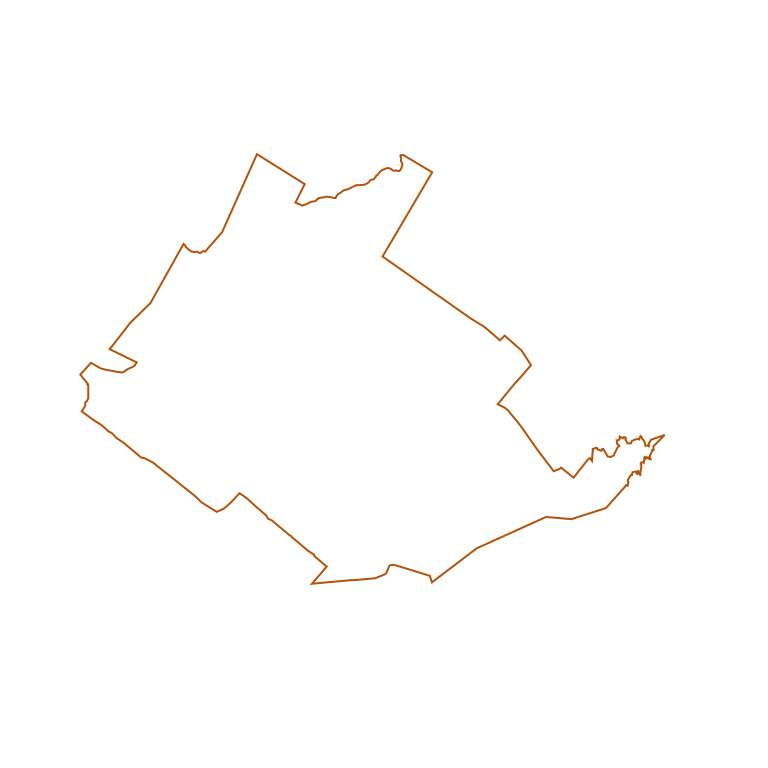 Rayón, Chiapas, Mexico, rotated 299°
{"feature_id": "50627088B72568920303680", "entity_name": "Rayón", "entity_type": "district", "adm_level": 2, "iso_a3": "MEX", "parent_name": "Mexico", "parent_adm1": "Chiapas", "projection": "robinson", "projection_center": [-92.989, 17.185], "detail": "fine", "context": "isolated", "style": "outline", "palette": "amber", "viewbox_px": 768, "rotation_deg": 299, "n_neighbors": 0, "source": "geoboundaries", "source_scale": "gbopen_adm2", "svg_char_len": 5134}
<svg xmlns="http://www.w3.org/2000/svg" viewBox="0 0 768 768"><g transform="rotate(299 384 384)"><path d="M213.5,132.8L211.6,148.0L211.1,156.9L209.0,166.1L209.1,170.0L207.1,176.2L206.3,185.0L202.0,207.0L203.1,211.4L203.3,219.7L202.9,222.7L202.2,226.2L201.4,231.1L200.6,236.1L199.8,241.0L199.7,241.3L199.0,245.9L198.1,250.8L197.3,255.8L197.2,256.2L196.3,261.6L195.4,267.1L194.5,272.5L193.4,276.8L192.0,281.6L191.8,286.1L191.5,290.7L191.3,295.2L191.1,299.7L197.2,304.3L201.8,306.0L206.5,307.6L209.8,308.5L215.3,309.8L215.9,309.9L218.4,310.6L218.0,315.7L217.9,315.9L217.4,320.0L214.4,332.7L213.5,337.4L212.7,341.0L211.9,344.6L209.9,348.1L210.4,352.1L208.8,359.6L208.6,360.9L207.9,364.7L207.0,369.3L205.9,374.7L206.0,376.6L205.8,377.2L205.4,377.4L204.2,384.1L201.3,398.2L200.8,405.6L200.4,405.8L199.5,407.0L199.4,408.1L199.2,409.0L198.4,413.1L197.5,417.5L196.5,422.4L193.3,421.7L187.1,420.5L186.0,420.3L183.0,419.6L178.9,418.8L176.0,418.3L174.4,417.9L174.9,418.6L180.3,426.5L181.5,428.3L182.7,430.0L185.9,434.7L196.7,450.6L197.0,451.4L200.8,457.1L201.0,457.4L201.8,458.7L202.7,459.9L205.6,464.3L206.6,465.7L207.6,467.2L208.4,468.4L209.7,470.3L213.9,473.8L218.2,477.2L218.5,477.3L219.9,477.7L224.7,477.2L228.0,476.8L230.3,479.5L231.7,484.7L232.2,487.4L233.8,494.8L237.2,511.0L238.4,517.1L233.8,522.1L285.3,544.8L346.3,590.2L356.6,613.4L357.6,614.3L383.1,638.3L411.6,644.7L412.9,644.6L413.2,646.4L415.8,645.4L416.4,645.5L416.5,645.4L417.6,644.1L417.9,643.9L419.5,643.8L423.9,644.1L424.7,645.0L425.2,644.7L426.8,644.3L427.3,644.1L429.4,646.4L428.3,648.1L428.1,648.9L428.1,649.3L428.5,649.4L430.7,648.1L431.1,648.3L430.3,650.0L429.1,651.5L428.6,652.2L428.8,652.3L431.1,651.0L436.1,649.3L438.2,648.1L438.4,647.2L439.7,646.9L440.9,648.0L440.9,649.4L445.1,647.8L445.5,647.5L446.6,647.4L446.6,647.8L445.7,649.1L447.0,649.1L447.2,651.1L447.6,650.9L447.4,651.9L447.0,652.5L447.4,653.5L447.8,653.0L448.5,652.7L448.6,651.6L450.7,651.4L451.1,651.3L454.4,651.1L455.4,651.2L456.0,650.6L457.3,651.8L458.5,650.5L460.3,649.9L475.5,654.2L470.7,649.9L464.8,644.6L462.1,644.5L461.1,644.4L460.1,644.6L457.9,645.9L457.8,645.6L457.9,644.3L457.4,643.2L456.7,642.6L459.3,640.3L459.5,640.2L459.8,639.9L459.8,639.5L460.8,638.0L461.0,637.6L461.1,637.1L461.4,636.3L462.0,635.5L462.6,634.7L462.9,634.0L463.0,633.8L462.7,633.7L461.9,633.6L459.2,634.1L459.1,633.8L459.1,632.9L458.8,632.5L456.4,629.7L455.6,629.5L454.1,628.3L451.9,628.8L450.1,625.6L451.3,624.2L452.4,622.1L453.8,621.9L454.2,620.9L453.9,619.6L452.3,619.2L452.4,617.6L452.3,615.6L449.9,616.8L449.5,616.8L448.4,616.0L447.6,614.9L447.1,615.7L445.6,616.1L444.5,617.3L444.1,619.7L441.8,619.1L435.4,619.3L432.9,619.7L430.0,617.5L429.0,614.8L433.5,607.3L432.6,606.3L431.9,606.7L431.2,606.5L430.8,606.0L430.9,605.3L430.6,604.8L430.6,603.7L430.4,602.2L431.1,601.6L431.3,600.8L428.4,598.1L426.3,599.4L425.8,599.3L417.5,603.3L417.6,603.0L418.8,600.6L419.0,600.0L417.1,599.0L394.0,595.2L396.7,579.5L394.4,578.4L390.0,574.7L398.6,555.1L400.3,551.2L405.1,541.3L407.8,535.7L412.1,527.0L412.4,526.4L415.9,518.3L421.2,504.7L421.8,500.7L421.4,493.3L443.9,497.4L448.2,498.2L459.8,501.0L471.8,503.4L479.9,488.2L484.8,466.1L478.4,464.2L482.6,444.3L483.4,427.5L494.8,320.9L527.3,321.8L592.6,323.5L592.7,319.1L593.6,290.1L592.2,287.6L591.9,287.5L591.0,288.4L590.2,288.9L589.3,289.6L588.0,290.2L587.0,290.9L586.3,292.2L585.8,292.9L584.9,293.8L583.9,294.0L583.7,294.0L582.3,294.3L580.2,294.6L578.8,294.5L577.6,294.0L577.0,292.5L576.8,291.2L575.7,290.0L575.0,287.8L575.5,286.3L575.3,284.0L574.8,282.8L573.4,281.1L572.4,280.4L570.0,278.5L568.7,277.9L566.3,277.4L565.2,277.2L563.9,277.0L563.4,276.7L562.7,276.2L561.3,276.3L560.0,276.1L558.1,275.7L557.0,274.8L556.6,274.0L555.6,273.2L554.3,273.0L553.3,273.0L552.2,272.5L550.3,271.4L548.7,270.0L548.1,269.5L547.7,268.8L547.1,267.6L546.4,266.9L544.8,263.9L544.0,262.9L543.2,262.6L542.6,262.1L541.3,261.0L539.7,260.1L537.8,258.7L537.0,258.0L535.8,257.0L535.5,256.4L533.8,254.9L532.2,254.0L530.4,253.4L528.1,251.8L525.8,251.4L523.2,251.5L522.7,250.7L522.2,249.5L522.1,248.8L521.8,247.7L521.1,245.4L519.5,242.1L518.0,240.9L516.8,239.2L515.3,236.9L513.2,236.0L511.1,235.6L510.0,234.6L508.8,232.9L507.3,231.3L504.7,229.6L503.4,228.9L502.0,227.3L500.4,226.1L500.5,225.7L499.7,218.6L520.4,217.8L523.4,161.5L438.3,168.8L412.9,163.3L412.7,161.5L411.0,160.6L409.3,159.6L409.1,158.5L409.2,157.6L409.0,156.2L408.5,155.6L407.5,154.1L407.1,152.9L406.5,151.6L406.8,149.8L406.9,148.0L407.0,147.0L407.6,145.2L407.8,144.2L408.5,143.5L408.7,142.8L409.1,142.0L409.3,140.8L392.3,140.7L391.3,140.7L382.2,140.7L373.6,140.6L365.1,140.6L353.6,140.5L351.7,140.5L341.5,140.5L334.3,138.3L323.1,135.0L319.2,133.8L314.6,132.4L310.1,131.7L307.9,131.4L302.1,130.5L299.5,130.1L293.8,129.2L287.4,128.2L286.9,128.1L281.5,127.1L282.4,146.0L283.0,157.2L282.7,157.2L282.4,157.2L279.1,157.0L277.9,156.4L272.9,152.7L268.0,150.2L266.8,148.8L265.1,144.2L264.0,140.8L262.3,136.0L261.1,131.8L260.3,128.8L260.4,123.0L260.4,117.9L260.4,117.5L245.0,113.8L240.4,125.1L239.7,124.9L239.2,126.1L228.1,132.3L224.9,132.5L224.4,132.1L222.8,131.8L219.9,133.3L215.5,133.0L213.5,132.8Z" fill="none" stroke="#b45309" stroke-width="2"/></g></svg>